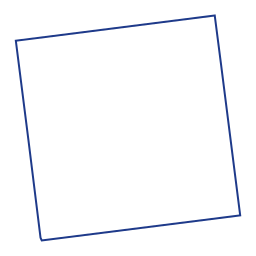 Madison, Nebraska, United States of America, rotated 353°
{"feature_id": "52423323B9058174169797", "entity_name": "Madison", "entity_type": "district", "adm_level": 2, "iso_a3": "USA", "parent_name": "United States of America", "parent_adm1": "Nebraska", "projection": "orthographic", "projection_center": [-97.658, 41.917], "detail": "fine", "context": "isolated", "style": "outline", "palette": "blue", "viewbox_px": 256, "rotation_deg": 353, "n_neighbors": 0, "source": "geoboundaries", "source_scale": "gbopen_adm2", "svg_char_len": 254}
<svg xmlns="http://www.w3.org/2000/svg" viewBox="0 0 256 256"><g transform="rotate(353 128 128)"><path d="M28.7,229.1L228.7,228.4L228.1,77.3L227.8,26.9L27.3,27.7L27.7,128.2L27.8,226.3L28.7,229.1Z" fill="none" stroke="#1e3a8a" stroke-width="2"/></g></svg>